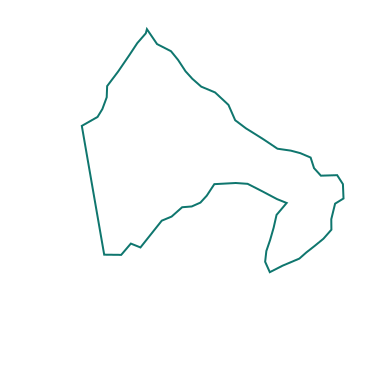 Agios Epiktitos, Cyprus (Natural Earth projection), rotated 37°
{"feature_id": "46923920B11647519105740", "entity_name": "Agios Epiktitos", "entity_type": "district", "adm_level": 2, "iso_a3": "CYP", "parent_name": "Cyprus", "parent_adm1": "", "projection": "natural_earth1", "projection_center": [33.422, 35.313], "detail": "fine", "context": "isolated", "style": "outline", "palette": "teal", "viewbox_px": 384, "rotation_deg": 37, "n_neighbors": 0, "source": "geoboundaries", "source_scale": "gbopen_adm2", "svg_char_len": 894}
<svg xmlns="http://www.w3.org/2000/svg" viewBox="0 0 384 384"><g transform="rotate(37 192 192)"><path d="M60.5,158.5L66.9,167.7L70.5,179.7L71.4,188.9L64.2,205.5L159.6,294.9L173.3,284.8L174.2,270.0L184.2,267.3L185.1,233.1L190.5,223.9L193.3,210.1L200.5,203.7L205.1,195.4L206.0,186.1L205.1,172.3L221.5,158.5L231.5,152.0L246.9,149.3L264.2,146.5L274.2,143.8L273.3,159.4L278.7,171.4L283.3,183.4L286.9,194.4L292.4,203.7L302.4,209.2L308.7,196.3L317.8,180.6L319.7,171.4L322.4,161.3L325.1,150.2L326.0,138.2L319.6,129.9L313.3,115.2L316.9,106.0L311.5,99.4L307.8,94.9L297.8,91.2L285.1,101.4L275.1,99.5L266.0,93.1L255.1,95.8L246.0,99.5L234.2,106.0L217.8,106.9L206.9,107.8L196.9,108.7L183.3,108.7L168.7,100.5L150.5,98.6L136.0,102.3L124.2,101.4L114.2,99.5L101.4,94.9L90.5,92.2L75.1,94.9L58.0,89.1L59.6,93.1L58.7,106.0L59.6,120.7L60.5,140.1L60.5,158.5Z" fill="none" stroke="#0f766e" stroke-width="2"/></g></svg>